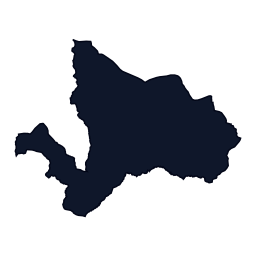 Giron, Azuay, Ecuador (Albers equal-area conic projection)
{"feature_id": "8360857B7998826994941", "entity_name": "Giron", "entity_type": "district", "adm_level": 2, "iso_a3": "ECU", "parent_name": "Ecuador", "parent_adm1": "Azuay", "projection": "albers", "projection_center": [-79.183, -3.175], "detail": "fine", "context": "isolated", "style": "filled", "palette": "ink", "viewbox_px": 256, "rotation_deg": 0, "n_neighbors": 0, "source": "geoboundaries", "source_scale": "gbopen_adm2", "svg_char_len": 5760}
<svg xmlns="http://www.w3.org/2000/svg" viewBox="0 0 256 256"><path d="M72.8,39.6L74.3,41.1L74.5,41.9L75.1,42.7L75.0,43.7L75.3,44.7L74.9,46.4L74.1,47.6L72.4,48.3L72.0,50.6L72.2,51.3L73.9,52.4L75.1,54.3L74.4,55.4L73.7,59.8L73.0,60.5L73.8,64.3L73.8,64.9L73.3,65.3L73.3,66.4L74.0,67.6L74.9,68.8L75.5,69.2L76.0,72.4L75.6,73.8L73.7,75.6L73.6,76.3L75.1,77.4L75.2,77.8L76.2,78.0L77.2,79.4L77.2,81.3L76.5,82.0L77.2,82.4L77.0,83.2L77.4,84.3L78.3,85.3L78.1,86.2L77.1,87.8L76.2,88.5L75.9,89.1L75.5,89.3L75.0,90.7L72.8,92.2L72.5,92.7L72.7,94.7L71.9,95.4L71.9,95.9L71.5,96.2L71.4,97.6L70.3,98.1L70.9,101.2L70.7,103.1L71.4,103.8L75.0,103.5L76.0,104.5L77.3,108.6L77.3,110.4L78.1,111.5L78.9,111.5L79.3,112.1L79.2,113.1L77.9,114.5L77.9,115.7L78.6,116.1L79.4,117.8L80.8,118.4L81.3,119.0L83.7,120.3L83.9,121.0L84.6,122.1L84.6,123.4L85.4,123.8L85.9,125.0L86.8,125.3L87.7,126.8L88.9,127.4L88.4,128.8L88.9,129.8L88.8,131.3L89.2,131.9L88.9,133.3L89.7,137.3L89.6,138.0L90.1,139.2L89.9,140.7L90.2,142.1L91.0,144.2L91.3,145.8L90.9,146.8L90.2,147.3L90.2,150.3L89.6,151.4L89.0,153.6L88.6,153.9L88.8,156.1L88.4,156.9L88.6,157.9L87.6,159.8L86.9,160.5L85.8,162.4L85.7,164.5L86.2,166.7L85.8,169.6L87.1,171.4L86.1,171.2L84.4,171.6L82.4,171.0L80.5,169.8L76.3,169.1L75.8,168.0L75.9,167.1L74.9,165.4L75.0,162.9L74.2,161.2L74.3,159.9L74.1,159.6L74.4,158.7L73.9,157.8L73.3,157.7L72.7,157.1L71.0,156.8L70.3,156.3L68.6,155.8L67.9,155.2L66.9,155.0L66.1,154.5L65.4,153.0L65.3,151.4L65.0,150.9L65.0,150.0L64.3,148.4L62.4,146.6L59.7,145.0L58.2,144.6L56.8,142.6L55.0,142.2L54.6,141.3L53.0,139.3L48.3,134.4L48.0,133.2L47.9,130.7L47.1,128.3L46.1,126.8L43.3,123.6L42.7,123.5L40.0,123.9L35.1,128.4L32.3,132.1L30.2,134.1L27.7,133.5L23.9,133.4L18.6,134.2L18.8,135.9L17.3,137.0L16.4,137.9L16.8,139.2L16.2,140.8L15.5,142.0L15.8,143.2L15.6,144.3L16.2,146.1L16.2,148.6L15.5,150.3L15.4,151.7L16.0,152.7L16.0,154.6L16.3,155.8L18.0,153.4L18.7,153.6L22.1,153.1L23.6,153.7L25.4,153.1L26.3,150.4L26.7,149.8L27.3,149.6L32.2,149.9L35.1,150.7L36.4,151.3L41.7,152.3L44.4,155.6L46.1,156.9L47.1,158.4L48.2,159.2L49.4,159.7L50.5,163.1L49.4,165.4L49.5,166.8L49.9,167.5L49.7,169.2L48.8,170.6L48.5,171.8L47.3,172.4L45.8,174.0L45.7,174.8L46.0,175.5L48.8,177.8L50.0,176.9L51.2,175.2L51.9,175.2L52.5,175.8L53.9,176.1L54.5,175.4L55.0,175.4L56.0,176.7L56.5,178.5L57.7,179.4L59.7,180.0L60.1,181.3L61.0,182.5L62.7,183.1L63.5,183.8L64.4,183.5L65.2,184.1L67.2,184.5L68.1,185.0L68.6,186.3L66.2,189.1L66.2,190.9L65.5,190.8L65.3,192.2L65.3,192.7L66.1,194.0L65.9,195.3L66.7,196.5L66.4,197.1L65.8,197.2L65.3,198.6L64.7,198.9L63.9,200.2L63.8,202.3L62.9,204.5L63.6,207.1L64.5,208.8L65.9,209.4L70.7,210.3L73.1,212.0L73.6,213.0L76.2,214.6L78.4,215.3L82.7,215.7L85.1,216.4L85.9,214.4L88.0,212.2L89.0,211.9L90.4,210.7L91.4,210.8L92.0,209.9L93.2,209.6L94.4,208.3L95.1,208.3L96.0,207.6L96.4,206.7L97.1,207.0L98.1,205.7L98.6,205.7L98.7,205.3L99.1,205.2L99.0,204.9L99.2,204.7L99.2,203.8L100.0,203.9L100.2,203.7L100.2,202.6L100.4,202.3L102.4,200.4L103.7,199.9L104.9,198.3L105.1,197.4L106.1,196.1L106.7,196.2L108.3,195.3L109.1,194.2L109.8,194.0L110.6,193.3L111.1,193.2L112.9,187.8L116.0,186.7L117.8,185.5L119.7,184.7L121.7,181.6L122.5,181.1L122.8,179.8L123.7,179.1L124.0,177.1L125.3,175.7L125.4,175.2L125.0,174.4L125.7,174.1L125.9,173.2L127.1,172.6L127.8,172.6L127.8,173.2L128.9,173.5L129.6,173.6L130.0,173.2L131.0,173.1L131.6,173.4L131.9,174.7L132.6,174.9L133.4,174.6L134.4,175.3L136.4,175.7L136.7,176.4L138.0,175.2L139.1,174.8L139.4,175.1L139.8,174.8L140.4,174.9L142.4,172.5L144.8,173.4L146.3,173.2L147.1,172.6L147.2,171.3L147.8,170.3L148.3,170.8L148.9,170.8L149.2,171.3L149.6,170.5L149.9,170.7L150.8,169.6L152.4,168.7L153.0,168.5L153.6,168.1L153.6,167.6L154.1,167.9L154.9,167.0L156.5,167.1L156.8,166.6L157.7,166.7L158.3,166.2L159.6,167.0L160.0,167.0L160.4,166.5L161.1,167.1L161.8,166.8L162.4,167.5L163.2,167.0L164.3,168.2L165.1,168.7L165.7,169.9L166.4,169.9L167.0,170.5L167.5,170.5L167.8,171.1L168.8,171.9L169.8,172.0L169.7,173.0L170.0,173.1L170.7,172.8L170.5,173.5L171.1,174.3L171.4,173.9L171.8,173.9L172.2,174.4L173.4,174.8L173.9,175.3L174.4,175.1L175.4,175.2L176.3,174.7L176.8,174.7L177.3,175.4L178.7,175.9L180.2,177.2L181.0,177.3L181.8,177.9L182.9,178.4L183.3,179.2L184.2,178.3L184.1,177.8L185.0,177.2L185.3,176.4L186.5,176.0L187.8,176.1L188.4,175.6L189.1,175.6L189.7,176.2L190.6,176.3L190.8,176.2L190.8,175.6L191.1,175.4L192.9,176.9L193.5,176.5L194.3,176.6L194.6,176.2L196.9,176.1L198.4,177.1L200.6,177.9L201.6,177.6L202.3,176.8L203.1,176.8L204.7,177.9L205.0,180.5L205.3,181.1L206.6,181.8L207.8,182.0L208.7,182.6L209.5,182.7L212.1,182.1L212.4,180.0L212.7,179.5L213.4,179.0L216.2,178.2L216.7,177.4L216.8,176.1L217.1,175.4L218.5,174.6L219.6,174.2L221.4,172.0L224.8,170.5L226.7,168.3L228.2,165.7L227.7,160.5L228.1,158.5L226.5,155.5L227.5,153.4L228.3,151.1L228.9,150.2L231.1,148.4L234.6,146.8L239.0,141.6L240.0,140.0L240.6,138.2L237.8,137.2L236.7,135.7L236.5,134.7L236.9,133.5L236.0,131.9L236.1,129.3L233.9,128.0L233.2,125.9L231.3,125.4L231.0,124.7L231.1,124.1L229.7,123.9L228.7,123.5L227.8,123.5L225.8,122.4L226.3,121.2L226.2,120.2L225.7,118.8L224.2,116.4L221.5,112.8L219.1,111.7L214.3,110.6L213.7,106.6L213.0,104.2L212.9,102.4L212.4,102.4L211.4,101.6L211.7,99.9L211.3,99.5L211.5,98.5L211.3,97.7L211.6,97.0L211.4,96.3L210.4,95.9L209.0,96.0L201.7,98.9L197.9,100.1L194.7,100.3L192.4,99.5L189.3,95.0L188.0,91.9L186.5,90.3L184.8,88.0L183.9,86.1L182.1,84.0L181.6,81.2L180.3,78.3L178.6,76.5L177.6,75.9L174.8,75.1L170.6,75.1L166.8,76.1L159.7,76.9L156.5,77.6L149.6,79.9L145.2,82.4L144.7,82.3L141.5,79.9L137.9,78.0L122.5,71.4L119.8,69.3L116.8,65.7L112.5,61.3L103.3,55.0L101.8,54.3L99.7,54.3L98.2,54.0L97.7,51.9L97.3,51.0L94.3,47.9L91.4,45.7L91.2,43.2L90.7,41.5L86.2,41.3L78.9,41.8L75.9,40.9L72.8,39.6Z" fill="#0f172a" stroke="#020617" stroke-width="1.5"/></svg>